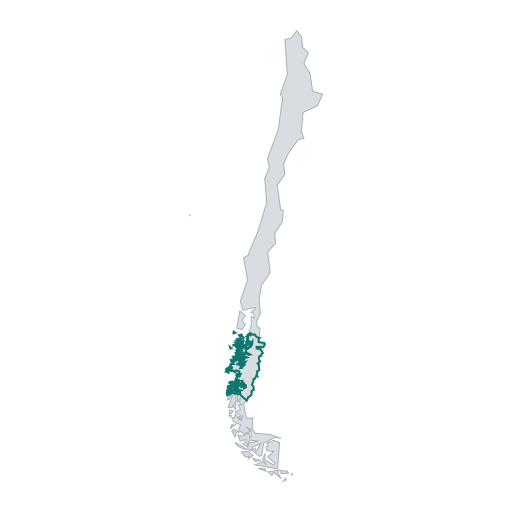 Aisén del General Carlos Ibáñez del Campo highlighted on a map of Chile
{"feature_id": "CHL-2691", "entity_name": "Aisén del General Carlos Ibáñez del Campo", "entity_type": "Region", "adm_level": 1, "iso_a3": "CHL", "parent_name": "Chile", "parent_adm1": "", "projection": "albers", "projection_center": [-74.056, -46.391], "detail": "fine", "context": "in_parent", "style": "outline", "palette": "teal", "viewbox_px": 512, "rotation_deg": 0, "n_neighbors": 0, "source": "natural_earth", "source_scale": "10m", "svg_char_len": 9852}
<svg xmlns="http://www.w3.org/2000/svg" viewBox="0 0 512 512"><path d="M285.0,39.4L291.2,38.1L296.8,30.7L301.6,37.0L302.5,47.3L308.4,52.8L304.0,63.5L310.1,73.9L312.6,91.3L322.6,94.1L317.6,105.5L303.0,112.5L301.3,132.2L304.0,138.2L297.9,139.8L288.1,153.8L283.5,164.2L284.9,174.2L277.2,185.2L280.6,209.5L283.3,210.6L282.3,221.7L274.7,233.4L275.7,243.1L267.6,252.1L270.2,272.4L261.5,285.2L259.1,299.0L260.4,314.1L256.7,320.4L256.9,326.3L260.0,328.4L259.0,342.2L264.6,344.5L256.8,346.8L262.6,352.5L259.2,356.6L259.2,369.5L252.2,384.1L253.9,388.4L251.2,395.1L243.5,404.5L246.6,418.4L252.9,417.9L252.1,428.2L255.3,433.3L270.2,434.4L281.1,438.5L275.4,437.1L263.6,443.2L261.7,455.2L259.5,456.4L251.6,449.8L255.1,448.5L256.1,451.5L260.5,443.6L252.7,447.2L250.6,451.1L247.0,448.5L249.5,442.7L258.5,441.1L249.6,440.0L246.5,446.4L242.8,443.6L245.7,442.0L246.6,439.4L240.1,441.2L238.0,434.9L241.4,436.3L249.1,433.0L249.7,437.9L251.1,436.7L251.1,430.1L246.4,427.0L250.6,431.2L243.7,434.0L238.7,429.7L240.6,424.7L234.0,422.3L231.8,417.8L234.9,417.5L235.2,413.9L239.1,419.4L241.6,420.8L242.8,415.5L240.3,419.5L238.7,416.9L240.6,415.7L235.3,411.9L240.5,409.5L237.9,404.8L241.5,404.8L239.4,402.7L240.7,397.8L237.3,402.3L237.5,392.6L240.1,391.2L236.4,391.1L235.5,385.5L245.1,387.3L242.5,381.3L238.4,385.1L234.9,381.9L239.1,380.5L236.3,378.6L238.9,375.6L237.6,370.9L231.9,370.4L232.1,367.6L227.5,369.9L228.5,372.7L226.1,370.0L232.5,363.3L231.3,359.9L238.9,358.6L240.6,354.2L240.0,362.1L236.9,364.0L240.5,363.2L242.4,359.1L241.5,368.2L243.6,360.2L242.5,355.1L249.2,354.9L245.3,350.6L251.5,344.6L251.7,342.7L246.6,339.4L251.2,325.8L251.2,316.5L254.4,318.1L253.7,313.2L250.8,312.3L255.0,309.2L255.5,307.4L242.6,310.2L240.4,301.0L247.5,280.0L243.6,257.5L247.9,255.5L258.1,231.0L266.7,202.5L264.8,178.6L269.4,167.4L267.4,158.9L278.3,129.3L282.6,97.8L280.4,94.2L287.3,74.6L285.0,39.4ZM279.6,442.7L277.6,468.9L254.9,464.8L262.9,461.8L266.2,464.4L262.5,459.2L265.1,453.6L264.8,459.6L273.6,465.1L275.2,463.4L267.7,456.8L273.7,451.5L266.7,450.6L266.0,447.1L268.4,445.5L266.7,443.2L273.9,440.4L279.6,442.7ZM242.2,329.4L236.8,328.1L239.9,310.8L245.4,315.6L242.1,320.3L245.2,324.5L242.2,329.4ZM235.9,394.7L235.6,409.6L233.3,406.3L234.5,402.6L231.9,407.8L228.1,407.1L233.1,394.3L235.9,394.7ZM268.2,471.8L278.9,470.2L277.7,472.5L281.1,478.5L273.6,472.4L271.9,475.6L268.2,471.8ZM242.5,342.1L240.2,344.4L242.3,352.6L239.4,353.3L234.9,345.1L240.3,339.0L242.5,342.1ZM247.9,451.3L253.0,455.3L248.2,459.0L249.0,455.9L245.8,457.3L241.3,452.0L247.9,451.3ZM252.9,458.2L261.4,460.8L254.7,461.2L252.9,458.2ZM288.3,473.3L281.4,473.5L280.0,470.6L287.3,471.1L288.3,473.3ZM235.7,392.6L232.8,393.1L230.2,385.9L233.5,383.7L235.7,392.6ZM231.0,393.0L227.0,392.7L229.0,385.8L231.0,393.0ZM250.7,343.5L245.4,346.7L246.6,341.6L250.7,343.5ZM234.0,429.1L236.2,433.1L235.0,436.9L231.9,431.1L234.0,429.1ZM234.9,442.5L242.7,446.3L246.4,449.8L238.2,446.5L234.9,442.5ZM238.3,356.7L234.4,357.3L237.6,351.4L238.3,356.7ZM258.1,468.3L265.2,468.8L266.0,471.3L258.1,468.3ZM231.4,395.6L229.2,399.5L227.3,400.0L227.6,395.9L231.4,395.6ZM233.4,410.9L230.6,414.1L229.0,413.8L229.9,409.8L233.4,410.9ZM235.9,424.9L232.3,426.4L230.5,429.1L231.5,424.9L235.9,424.9ZM230.3,416.8L229.2,415.4L231.6,415.7L230.3,416.8ZM243.4,347.2L241.8,345.2L242.1,344.0L243.3,344.7L243.4,347.2ZM239.2,432.0L237.6,432.3L236.6,430.3L239.2,432.0ZM232.8,382.6L230.0,382.7L232.7,382.2L232.8,382.6ZM285.8,478.3L286.0,480.6L284.4,479.6L285.8,478.3ZM239.0,335.2L240.6,336.4L239.0,335.8L239.0,335.2ZM284.6,481.1L282.4,481.3L282.3,481.0L284.6,481.1ZM292.2,473.8L291.8,475.1L291.3,474.5L292.2,473.8ZM190.4,214.4L189.4,215.5L189.4,215.4L190.4,214.4ZM233.7,331.8L233.2,332.8L232.9,332.2L233.7,331.8Z" fill="#d9dde1" stroke="#a8b0b8" stroke-width="1"/><path d="M259.7,338.1L258.7,338.9L258.6,342.1L264.2,342.9L264.9,344.2L263.3,347.3L256.5,346.9L256.6,348.4L260.7,349.4L262.9,353.0L261.3,354.6L261.4,355.7L259.0,356.5L259.0,359.8L260.2,361.3L257.6,363.5L258.8,364.6L259.3,370.0L257.1,371.4L257.3,373.6L256.6,374.4L257.5,376.3L256.3,376.0L255.1,378.5L253.5,379.0L253.6,380.8L251.9,384.6L253.5,386.5L253.8,389.8L251.6,391.0L251.4,395.1L248.0,397.4L246.7,400.6L239.5,394.1L237.6,394.1L237.0,392.8L237.6,392.1L238.6,391.2L240.2,392.7L240.0,390.9L241.0,390.4L238.0,389.5L237.6,388.0L236.1,386.6L236.4,385.8L235.2,386.2L236.8,385.3L238.5,388.3L237.5,385.5L241.1,385.7L241.2,386.6L242.0,385.8L241.8,386.8L243.4,387.0L243.8,388.5L246.0,387.2L245.9,386.3L245.0,387.4L243.1,385.3L243.1,384.2L244.2,385.2L246.4,385.6L243.3,383.8L243.8,383.2L242.4,382.4L242.5,379.8L242.0,382.8L240.8,383.6L234.2,382.1L235.6,381.6L235.1,380.9L235.7,380.1L237.4,381.1L236.3,381.9L238.5,382.5L237.7,381.6L239.8,380.8L239.1,380.5L239.7,379.9L237.7,380.6L237.0,378.8L235.9,378.6L237.5,376.1L238.8,375.9L239.3,377.5L239.3,375.8L240.4,376.5L239.7,375.3L240.7,373.8L238.9,373.0L239.2,371.4L235.3,370.1L236.3,370.7L234.7,371.6L236.3,372.3L234.6,372.1L233.5,370.7L231.9,370.5L231.3,369.2L232.5,366.7L230.3,369.0L228.5,369.1L227.2,369.8L226.5,370.8L228.5,370.1L228.6,372.7L226.6,372.0L226.1,369.2L230.1,366.3L230.3,365.0L231.0,365.6L231.7,365.6L230.7,365.2L231.1,364.0L233.7,364.0L233.4,362.8L234.6,359.3L235.5,359.3L236.4,361.6L236.3,359.2L237.2,358.9L239.3,359.4L238.6,360.0L239.7,360.5L238.8,363.0L239.7,361.2L240.5,362.4L237.6,364.4L236.1,363.7L237.4,364.5L239.8,363.7L239.6,365.3L241.5,365.5L240.1,363.8L241.2,363.1L242.1,365.3L240.3,368.1L242.3,367.8L242.3,366.5L244.5,365.0L243.8,364.7L244.2,363.5L245.7,361.7L245.0,361.8L242.8,365.3L243.1,361.1L245.2,357.8L247.1,357.4L245.9,356.8L243.6,358.8L244.3,354.8L246.8,353.0L248.5,354.8L250.1,354.5L246.5,352.4L244.9,352.7L246.1,351.1L245.3,349.2L247.7,348.8L251.1,346.5L252.3,343.5L252.4,341.5L251.2,343.4L249.4,341.1L247.3,340.3L247.8,339.1L246.4,339.4L247.9,338.4L248.8,334.6L250.4,335.1L250.3,333.5L249.9,334.4L248.6,334.1L250.5,333.0L252.7,334.8L254.6,334.3L256.4,336.9L259.7,338.1ZM244.8,345.1L246.7,345.0L246.4,343.9L247.7,343.9L246.7,342.6L248.5,343.2L248.0,342.2L248.8,341.7L249.0,343.5L249.9,342.6L251.2,343.8L250.4,345.0L249.0,344.6L250.2,345.9L246.6,348.7L245.3,347.2L247.0,347.0L245.4,346.8L244.8,345.1ZM231.0,393.5L230.0,393.1L229.6,389.8L227.8,390.4L229.4,389.2L227.8,389.5L228.7,388.0L227.8,388.3L227.7,386.3L229.4,385.8L231.6,391.6L231.0,393.5ZM235.4,392.3L236.1,393.5L235.4,393.8L232.3,392.8L232.0,391.6L233.4,390.2L234.5,391.0L233.7,389.6L234.3,387.0L235.5,390.0L234.8,390.5L235.4,392.3ZM232.0,390.9L230.1,386.4L233.7,387.6L233.5,389.8L232.0,390.9ZM242.5,351.9L240.3,352.3L238.1,350.7L241.4,349.3L242.5,351.9ZM230.0,385.9L230.8,384.3L233.8,383.2L233.5,385.6L234.3,386.8L231.7,385.4L230.0,385.9ZM236.7,345.6L241.3,345.7L238.0,347.0L236.7,345.6ZM241.7,384.1L236.1,384.5L238.2,384.0L237.9,383.2L241.7,384.1ZM233.9,359.1L233.7,361.6L231.2,362.6L233.0,361.4L231.2,361.3L230.9,359.9L232.8,360.6L232.1,359.8L233.9,359.1ZM229.6,392.2L227.9,394.0L227.4,393.5L228.7,392.9L226.8,392.6L227.4,390.9L229.5,390.7L229.6,392.2ZM236.0,358.2L236.7,354.8L237.9,355.3L238.2,357.5L236.0,358.2ZM243.0,354.6L243.7,355.5L242.9,358.4L241.7,357.1L243.0,354.6ZM237.2,349.5L238.8,347.7L241.0,348.7L237.2,349.5ZM238.8,352.4L242.0,353.4L240.1,353.6L238.8,352.4ZM239.0,335.2L241.4,334.5L242.3,336.0L240.9,335.4L240.3,336.5L239.0,335.2ZM243.0,343.9L243.7,345.8L242.3,346.2L241.8,344.3L243.0,343.9ZM239.6,357.7L239.8,355.9L241.0,356.5L240.9,357.7L239.6,357.7ZM231.9,383.2L229.3,382.9L229.2,382.4L231.4,381.7L231.1,382.9L231.9,383.2ZM239.7,354.4L241.3,356.1L240.0,355.6L239.0,356.3L239.7,354.4ZM235.8,389.4L236.0,387.8L235.4,388.3L235.7,387.0L237.2,388.5L235.8,389.4ZM242.5,362.0L242.1,363.8L240.7,362.2L241.1,361.5L242.5,362.0ZM236.6,343.4L235.6,342.8L238.0,342.3L238.3,342.9L236.6,343.4ZM229.5,393.1L229.9,394.3L227.1,395.0L227.1,394.0L228.2,394.2L229.5,393.1ZM238.3,374.9L240.4,374.0L239.0,375.5L238.3,374.9ZM233.6,333.4L233.8,331.7L235.4,332.8L233.6,333.4ZM235.5,356.3L235.3,358.2L234.5,358.3L234.5,356.8L235.5,356.3ZM236.2,389.7L237.7,388.9L238.4,390.8L238.0,391.0L236.2,389.7ZM242.4,358.9L242.8,360.1L242.0,359.9L240.8,361.0L242.4,358.9ZM240.8,346.8L241.5,346.6L242.2,348.5L241.2,348.5L240.8,346.8ZM230.0,347.1L231.4,348.2L230.4,348.5L230.0,347.1ZM240.1,341.3L239.7,339.1L241.1,340.2L240.1,340.4L240.1,341.3ZM236.9,352.7L237.0,354.2L235.8,352.9L236.9,352.7ZM239.4,358.5L240.4,358.7L240.1,360.4L239.4,358.5ZM247.6,337.5L246.4,336.6L247.5,335.9L247.6,337.5ZM236.6,346.0L236.9,347.6L235.7,346.3L236.6,346.0ZM233.0,382.0L232.5,382.8L231.7,381.8L232.1,381.5L233.0,382.0ZM237.9,351.9L237.5,353.0L236.7,352.1L236.9,351.2L237.9,351.9ZM236.8,391.8L236.1,390.4L237.8,391.3L236.8,391.8ZM239.9,343.3L239.0,342.8L238.8,342.5L240.7,343.9L239.1,343.6L239.9,343.3ZM237.7,343.3L239.1,343.9L237.1,343.8L237.7,343.3ZM234.9,383.1L235.9,383.2L236.0,383.9L235.0,384.6L234.9,383.1ZM242.4,336.8L243.4,337.4L243.4,338.8L242.6,337.9L242.4,336.8ZM236.4,374.3L237.3,374.0L237.6,374.4L236.5,375.5L236.4,374.3ZM234.9,344.8L236.2,345.7L234.5,345.4L234.9,344.8ZM229.1,369.9L230.5,369.6L230.9,370.8L229.1,369.9ZM239.7,390.6L238.8,390.8L238.2,390.0L239.7,390.6ZM240.3,346.6L239.6,347.6L238.6,347.0L240.3,346.6ZM243.6,346.3L243.4,347.3L242.4,347.0L242.4,346.4L243.6,346.3ZM239.3,341.2L240.9,341.6L240.7,342.7L239.3,341.2ZM240.6,338.6L241.6,339.6L240.1,339.0L240.6,338.6ZM242.1,360.2L242.9,361.6L241.7,361.4L242.1,360.2ZM241.7,354.1L240.9,354.5L240.0,354.1L240.7,353.8L241.7,354.1ZM236.0,356.4L235.8,354.7L236.5,354.5L236.0,356.4ZM233.2,344.3L233.8,345.3L233.3,345.4L233.2,344.3ZM242.0,342.4L241.4,342.9L241.0,342.1L241.2,341.8L242.0,342.4ZM241.9,340.5L240.8,341.3L240.4,340.8L241.9,340.5ZM233.2,356.6L233.9,357.8L232.8,356.9L233.2,356.6ZM246.6,342.0L246.7,341.0L247.3,341.8L246.6,342.0ZM243.0,342.5L242.0,341.9L243.2,341.5L243.0,342.5ZM236.7,340.7L237.6,340.4L237.7,340.9L236.7,340.7ZM237.8,339.1L237.3,339.6L236.9,339.2L237.1,339.1L237.8,339.1Z" fill="none" stroke="#0f766e" stroke-width="2"/></svg>